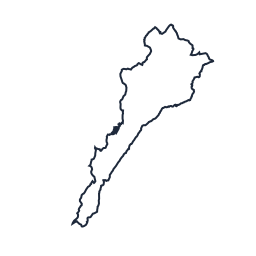 outline of Bunila, Hunedoara, Romania, rotated 303°
{"feature_id": "2599482B98386193513706", "entity_name": "Bunila", "entity_type": "district", "adm_level": 2, "iso_a3": "ROU", "parent_name": "Romania", "parent_adm1": "Hunedoara", "projection": "equal_earth", "projection_center": [22.627, 45.695], "detail": "fine", "context": "isolated", "style": "outline", "palette": "slate", "viewbox_px": 256, "rotation_deg": 303, "n_neighbors": 0, "source": "geoboundaries", "source_scale": "gbopen_adm2", "svg_char_len": 5957}
<svg xmlns="http://www.w3.org/2000/svg" viewBox="0 0 256 256"><g transform="rotate(303 128 128)"><path d="M210.4,160.0L212.2,159.0L212.6,158.2L214.5,158.1L215.2,158.2L215.5,158.6L216.2,158.1L216.9,158.2L219.3,157.6L220.7,157.0L221.5,156.8L222.1,157.0L222.4,157.6L223.8,157.9L224.2,158.7L226.2,160.0L227.9,160.9L229.5,162.5L230.4,163.0L230.6,162.8L230.7,161.9L230.0,159.1L230.6,157.8L231.2,157.4L232.0,155.6L232.8,154.5L233.1,153.6L233.0,152.3L228.9,148.0L230.2,146.6L228.0,146.1L226.1,144.9L224.1,142.3L223.6,140.8L225.3,140.7L227.3,140.1L229.7,139.9L229.7,139.7L230.3,139.3L230.4,139.0L230.2,138.6L232.2,137.3L232.5,136.9L232.6,134.4L233.1,132.4L233.9,131.6L233.8,130.3L233.1,128.6L232.8,127.5L232.8,126.2L231.0,123.9L230.6,121.6L232.8,119.1L232.9,118.6L234.2,117.3L234.4,116.4L235.1,115.6L235.1,114.8L235.4,114.5L235.8,113.2L236.5,111.6L236.9,111.0L237.9,110.5L238.3,110.0L238.4,109.2L238.0,108.6L238.2,107.9L237.8,107.5L237.1,107.2L235.7,106.9L230.8,106.7L229.3,106.9L225.5,105.3L225.4,105.1L225.4,104.1L224.8,103.4L225.1,102.8L225.6,102.9L226.1,102.7L225.8,102.1L226.1,101.9L226.1,101.3L226.7,100.1L226.6,99.5L226.9,99.0L226.9,98.2L227.3,97.5L227.3,95.8L225.8,95.7L225.3,95.2L221.4,94.2L219.4,93.2L218.9,93.4L218.2,93.4L217.1,93.1L216.3,93.3L215.2,92.9L213.2,93.1L212.7,92.9L211.9,93.5L211.0,93.4L210.6,94.1L209.8,94.2L209.7,94.5L209.0,94.8L208.4,95.7L207.9,95.9L207.5,96.5L206.4,97.2L206.8,98.3L207.2,99.0L207.4,102.4L207.2,102.9L205.7,105.0L204.9,105.6L201.7,106.0L200.6,105.7L197.7,105.3L197.0,105.6L195.9,106.5L195.4,106.2L192.2,105.8L192.1,105.5L190.9,104.8L190.3,104.8L189.7,105.3L188.7,105.6L188.4,104.0L188.4,102.1L188.2,101.6L186.6,101.2L186.1,101.4L185.3,101.2L183.5,99.9L182.1,99.5L181.8,99.2L181.0,98.8L178.6,98.6L178.6,98.1L177.9,96.7L177.7,95.5L176.4,94.7L175.6,92.8L175.1,92.0L174.0,91.3L173.4,91.1L172.6,91.7L169.2,92.1L167.2,93.6L164.2,97.4L163.7,97.9L163.1,98.8L162.9,99.2L163.1,100.3L162.9,100.9L163.0,102.2L162.4,103.2L161.5,104.1L161.2,104.6L158.0,106.4L156.8,106.6L154.5,107.5L152.2,106.9L149.2,107.5L148.2,107.3L147.6,106.9L146.0,107.0L145.2,107.5L144.2,108.7L141.1,110.5L140.0,111.4L139.4,113.2L140.0,114.3L138.1,115.3L137.5,115.9L136.1,116.3L133.4,118.0L132.7,118.5L131.4,119.8L129.2,121.0L129.1,120.4L129.4,120.4L129.5,120.1L129.1,119.9L127.6,120.1L127.3,119.4L127.2,118.3L126.3,118.3L125.9,118.0L125.6,118.3L125.7,119.1L125.5,120.0L124.8,120.0L124.1,119.7L123.5,120.0L122.7,120.0L122.7,120.3L122.5,120.5L118.2,120.8L118.4,120.6L119.0,120.4L118.9,120.1L119.7,119.4L119.7,118.9L120.3,118.7L120.2,118.4L120.4,118.2L121.1,118.7L121.9,118.4L122.5,118.7L123.0,118.7L122.4,117.5L121.1,116.1L120.3,117.2L119.7,117.5L119.4,116.9L118.7,117.1L119.1,118.0L119.0,118.7L118.9,118.9L118.4,118.8L117.0,119.6L116.6,119.5L116.4,119.8L116.2,119.9L115.3,119.3L115.8,119.0L116.7,118.9L116.8,117.5L115.5,117.2L115.5,118.3L115.0,118.4L114.4,118.3L113.0,116.3L112.2,116.3L111.6,114.7L111.4,114.7L109.2,114.9L108.5,115.6L106.2,116.5L105.2,117.2L104.3,118.1L104.0,118.8L103.1,119.5L101.5,119.5L99.3,120.0L98.8,119.7L98.0,118.5L96.7,118.0L94.4,117.9L94.0,117.6L94.0,116.9L94.5,116.6L94.8,115.8L94.4,115.3L94.0,114.0L93.5,111.4L93.7,111.0L93.2,111.2L92.0,113.1L89.1,114.3L87.0,115.5L83.7,116.1L83.0,115.8L81.7,114.7L81.1,115.1L79.4,115.5L77.5,116.3L76.6,116.5L75.3,116.2L75.6,117.1L75.5,117.8L75.3,118.7L74.7,119.5L73.8,120.4L71.3,120.9L70.3,121.7L69.5,123.0L68.9,124.9L68.8,126.3L65.6,129.6L64.0,129.6L63.4,129.4L64.1,127.2L62.3,127.1L61.0,127.6L60.4,127.1L59.3,127.4L58.2,127.2L56.9,126.5L53.6,126.4L50.8,126.7L49.0,126.6L48.0,126.0L46.5,125.7L44.0,126.7L42.7,126.6L41.7,126.7L40.5,127.5L39.3,130.5L37.9,131.2L37.0,130.8L36.1,130.9L33.9,130.8L32.8,131.1L32.5,131.4L32.2,132.0L31.8,132.1L30.1,132.1L29.0,131.8L28.7,131.9L28.5,132.8L27.9,133.5L26.2,134.4L25.4,134.5L24.1,134.3L20.9,133.3L18.3,133.4L17.6,133.6L20.3,134.8L21.9,135.8L21.5,136.8L21.5,137.7L21.1,139.4L21.4,141.3L21.1,141.8L20.6,142.3L20.3,142.8L20.7,143.7L22.1,144.7L24.0,145.5L26.3,145.3L26.5,145.3L26.9,144.6L28.0,144.8L28.8,144.4L30.0,143.3L30.8,143.1L31.4,143.4L32.3,144.6L32.9,145.1L37.0,145.2L38.1,146.2L40.9,147.7L42.9,146.6L44.6,145.9L45.2,145.4L46.7,145.4L48.8,144.8L51.4,142.9L52.8,142.4L57.4,139.3L58.0,139.3L59.0,138.6L60.3,138.4L61.4,138.5L62.1,138.0L64.1,137.4L64.9,136.9L65.6,137.3L65.9,137.8L66.2,138.0L67.3,138.3L69.7,137.2L70.3,136.5L70.5,135.9L70.8,135.7L72.1,137.6L71.8,138.6L73.2,139.6L73.4,140.0L76.9,139.5L78.7,138.3L81.4,138.4L82.1,138.3L84.0,138.5L85.7,138.2L89.6,138.6L93.8,138.5L96.1,138.8L97.4,138.6L99.9,138.7L102.0,139.1L103.6,138.8L105.2,139.2L106.0,139.9L107.5,139.4L109.0,139.6L110.0,139.5L110.4,139.6L110.7,140.2L111.0,140.3L112.2,139.5L114.3,138.8L116.2,139.1L116.5,139.6L117.3,139.7L119.6,139.5L121.3,139.7L123.4,139.6L125.0,139.7L125.6,140.0L126.9,140.0L129.2,139.6L130.4,139.9L131.7,139.7L133.1,140.1L134.1,139.8L134.8,139.2L137.7,138.8L139.1,139.8L139.6,140.9L140.5,141.4L143.2,142.1L144.4,142.2L144.9,142.7L145.9,143.1L146.1,143.5L146.6,143.8L149.1,144.4L150.6,145.6L151.4,145.9L155.7,146.6L156.7,146.3L158.3,146.5L159.3,146.1L160.4,146.3L162.6,146.0L163.7,146.2L164.0,146.7L165.9,147.6L166.2,148.8L166.8,149.3L167.2,150.0L168.1,150.1L168.3,151.0L168.9,151.1L169.7,151.8L170.0,152.3L170.0,153.3L170.4,154.0L172.8,154.6L173.5,155.3L173.5,155.8L172.6,156.3L172.7,156.8L173.3,157.0L174.2,156.8L174.6,157.3L174.7,157.7L175.2,158.1L175.7,158.2L176.1,158.6L177.4,158.9L178.3,159.9L179.3,160.3L179.8,160.9L180.5,161.0L182.2,162.4L184.4,163.5L184.5,163.7L184.4,164.0L184.5,164.3L185.3,164.9L186.8,164.5L188.0,164.6L188.8,164.2L189.5,164.3L190.1,163.9L191.9,163.6L193.4,163.8L194.6,163.5L194.9,163.3L195.1,162.8L195.8,162.4L195.7,161.8L195.8,161.3L195.7,160.5L195.9,160.0L196.7,159.2L197.1,158.9L197.7,159.1L198.4,158.7L199.0,158.6L199.1,158.2L199.0,157.6L199.2,157.3L200.2,157.6L201.3,157.5L202.2,156.7L204.7,156.7L206.6,156.3L207.0,156.9L207.9,157.4L208.8,158.4L209.1,159.7L209.7,160.0L210.4,160.0Z" fill="none" stroke="#1e293b" stroke-width="2"/></g></svg>